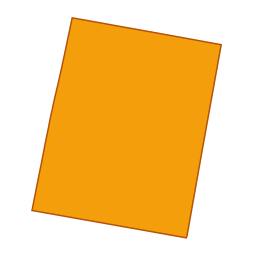 the district of Stephenson, Illinois, United States of America, rotated 281°
{"feature_id": "52423323B66491108399263", "entity_name": "Stephenson", "entity_type": "district", "adm_level": 2, "iso_a3": "USA", "parent_name": "United States of America", "parent_adm1": "Illinois", "projection": "mercator", "projection_center": [-89.633, 42.351], "detail": "fine", "context": "isolated", "style": "filled", "palette": "amber", "viewbox_px": 256, "rotation_deg": 281, "n_neighbors": 0, "source": "geoboundaries", "source_scale": "gbopen_adm2", "svg_char_len": 540}
<svg xmlns="http://www.w3.org/2000/svg" viewBox="0 0 256 256"><g transform="rotate(281 128 128)"><path d="M225.5,52.2L218.2,52.1L217.6,52.1L217.1,52.0L216.6,52.1L194.5,51.7L191.3,51.7L191.1,51.7L180.1,51.5L164.4,51.1L153.0,50.7L151.1,50.6L150.6,50.6L149.8,50.6L146.1,50.4L134.5,50.1L132.2,50.1L125.8,49.9L117.3,49.8L116.0,49.9L97.7,49.7L87.5,49.7L83.5,49.7L78.4,49.7L76.2,49.7L75.4,49.7L62.0,49.6L28.7,49.5L31.3,206.2L33.7,206.5L117.9,205.1L227.5,203.6L226.9,150.3L225.5,52.2Z" fill="#f59e0b" stroke="#b45309" stroke-width="1.5"/></g></svg>